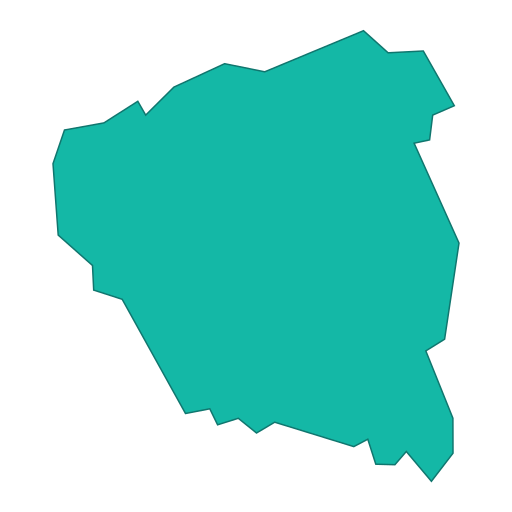 Zrnovtsi, Zrnovci, North Macedonia
{"feature_id": "65306769B51513115302581", "entity_name": "Zrnovtsi", "entity_type": "district", "adm_level": 2, "iso_a3": "MKD", "parent_name": "North Macedonia", "parent_adm1": "Zrnovci", "projection": "equal_earth", "projection_center": [22.434, 41.837], "detail": "fine", "context": "isolated", "style": "filled", "palette": "teal", "viewbox_px": 512, "rotation_deg": 0, "n_neighbors": 0, "source": "geoboundaries", "source_scale": "gbopen_adm2", "svg_char_len": 564}
<svg xmlns="http://www.w3.org/2000/svg" viewBox="0 0 512 512"><path d="M363.5,30.7L264.7,71.8L224.6,63.7L173.9,87.1L145.7,115.1L137.8,101.3L103.9,122.9L64.5,130.0L53.0,163.7L58.2,235.1L92.5,265.5L93.7,290.1L122.2,299.3L185.5,413.5L209.8,408.8L217.6,424.8L238.3,418.3L256.5,433.0L274.7,422.2L353.8,446.6L367.8,439.2L375.8,464.2L394.9,464.7L406.3,451.5L431.4,481.3L453.0,453.2L452.9,418.2L425.8,350.9L444.6,339.2L459.0,243.1L414.1,143.2L429.6,139.9L432.7,115.1L454.3,105.7L423.3,51.0L388.1,52.8L363.5,30.7Z" fill="#14b8a6" stroke="#0f766e" stroke-width="1.5"/></svg>